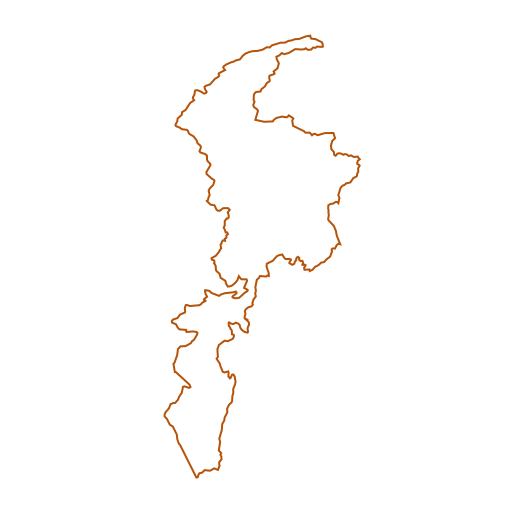 K.P., Natural Earth projection, rotated 349°
{"feature_id": "PAK-1123", "entity_name": "K.P.", "entity_type": "Province", "adm_level": 1, "iso_a3": "PAK", "parent_name": "Pakistan", "parent_adm1": "", "projection": "natural_earth1", "projection_center": [72.151, 34.071], "detail": "fine", "context": "isolated", "style": "outline", "palette": "amber", "viewbox_px": 512, "rotation_deg": 349, "n_neighbors": 0, "source": "natural_earth", "source_scale": "10m", "svg_char_len": 6078}
<svg xmlns="http://www.w3.org/2000/svg" viewBox="0 0 512 512"><g transform="rotate(349 256 256)"><path d="M347.1,49.9L351.3,50.1L351.2,51.6L351.8,53.2L355.7,54.4L361.3,58.6L361.9,60.5L361.6,63.2L360.9,63.4L356.0,62.1L354.0,63.0L351.9,62.2L349.5,63.9L346.1,63.5L344.5,61.6L343.1,62.2L340.1,62.0L334.0,60.4L327.0,62.9L322.2,63.3L320.0,61.7L317.3,63.5L314.0,64.3L314.0,66.9L315.2,71.3L312.9,75.9L308.5,78.2L309.1,80.0L308.8,80.8L303.6,81.6L303.0,83.2L303.0,86.3L302.5,87.2L299.7,88.2L297.1,91.2L293.2,93.3L291.7,95.4L287.5,95.0L285.9,95.9L284.6,97.5L283.4,102.6L284.0,104.3L282.2,107.0L282.1,108.1L282.8,109.9L285.0,112.1L285.6,114.0L281.3,122.2L289.6,125.8L297.6,127.0L298.4,127.0L299.1,126.0L302.3,124.4L308.1,124.1L312.3,125.7L313.6,125.4L315.0,124.2L318.9,128.0L317.4,130.0L317.2,135.3L327.0,142.7L327.9,144.3L332.4,145.2L334.0,148.2L335.9,147.1L337.3,147.4L339.6,149.2L347.0,148.5L355.4,150.0L356.1,155.5L352.8,157.6L350.6,162.0L350.4,165.5L352.3,168.8L352.1,171.7L353.3,172.8L355.5,171.0L357.7,171.1L359.4,171.9L360.9,173.3L362.3,172.9L364.5,173.6L366.2,175.6L368.5,175.3L370.8,177.4L375.0,177.9L375.2,179.2L376.3,180.9L374.2,181.9L373.0,184.1L373.1,185.2L374.5,186.2L375.0,187.1L373.0,189.4L372.4,193.0L371.1,194.3L370.5,196.3L369.8,197.1L366.4,198.1L362.6,201.8L358.4,201.9L356.3,203.2L354.4,203.4L351.9,205.4L348.4,212.0L349.0,214.8L346.9,219.9L345.8,218.4L344.5,218.1L341.6,219.3L339.3,219.1L336.7,220.0L335.9,223.0L335.9,225.5L335.4,226.8L335.3,229.7L333.8,233.7L334.2,235.1L338.2,241.4L339.2,246.6L339.2,251.6L340.9,260.5L339.3,259.7L337.3,260.7L334.9,263.8L332.8,263.2L331.8,263.6L331.3,264.7L331.6,265.8L328.7,270.7L324.5,272.8L321.6,275.0L318.8,274.9L315.4,277.0L312.1,277.8L308.7,280.4L305.9,281.0L305.9,279.4L301.0,278.8L300.9,276.7L302.5,275.3L302.9,274.4L301.8,273.6L300.5,273.8L299.8,273.4L300.8,272.0L300.8,270.0L300.3,269.4L299.0,269.6L297.9,268.4L297.6,267.8L298.1,266.1L297.0,264.8L296.0,265.2L294.8,266.6L294.6,267.9L293.3,268.6L292.1,270.9L290.0,271.6L287.4,269.4L287.7,268.4L289.6,266.6L289.5,266.0L288.4,265.3L284.4,264.6L283.6,263.6L282.0,259.5L278.6,259.6L276.4,260.2L271.6,263.9L265.2,265.6L264.3,268.3L265.2,275.3L264.8,278.1L263.4,277.4L262.0,278.1L256.1,276.4L254.6,278.1L252.2,279.6L249.4,286.6L249.2,290.4L248.1,292.4L248.1,295.6L245.1,298.4L243.4,301.7L243.7,303.1L242.0,304.6L238.8,304.8L235.5,306.6L234.5,308.1L234.6,310.8L233.0,314.1L233.3,315.3L234.3,316.1L233.8,316.1L236.1,319.1L236.3,320.6L236.0,322.1L234.3,324.6L233.8,326.0L233.8,328.7L233.1,329.6L230.2,328.3L228.0,325.8L227.0,323.7L226.7,320.4L225.4,318.8L223.5,317.6L220.6,318.5L218.4,317.5L216.9,316.0L216.4,316.4L216.0,319.5L216.8,320.8L217.0,322.3L218.0,324.4L217.5,328.3L219.0,329.0L219.2,330.0L218.8,331.1L217.3,332.9L212.0,334.3L209.1,333.1L202.6,336.3L200.3,340.2L199.3,347.9L197.7,349.3L199.9,354.6L200.2,358.1L201.3,363.4L202.9,364.3L206.7,364.0L206.8,365.7L205.9,368.8L207.0,371.1L207.6,371.0L209.9,367.9L211.2,368.0L212.1,370.4L211.9,375.5L211.0,377.9L208.2,382.3L207.7,385.7L206.0,389.3L204.9,393.8L204.1,395.0L201.2,396.8L198.6,400.2L197.9,404.2L194.5,408.4L193.4,411.5L190.8,414.5L189.2,420.3L185.1,428.3L185.3,431.7L182.4,439.8L184.2,442.8L183.1,444.3L183.7,446.4L183.3,449.1L180.6,451.3L180.1,453.5L180.3,454.8L177.8,458.7L174.5,456.5L169.9,458.0L164.7,456.4L161.7,458.4L158.9,458.5L157.7,459.9L156.8,461.9L155.2,462.1L145.5,427.3L144.4,425.2L143.8,421.0L144.2,416.2L141.8,407.5L139.5,405.5L138.9,404.1L137.5,399.0L135.7,396.0L135.9,394.4L137.4,392.1L141.4,389.0L143.9,385.1L146.5,384.6L148.6,384.8L152.1,382.1L153.6,379.6L157.1,376.0L159.4,370.4L161.2,370.4L165.1,372.7L166.7,372.1L166.2,369.6L155.2,354.7L154.2,354.4L154.4,346.1L155.7,345.1L159.7,338.3L161.6,332.5L164.6,330.3L169.6,331.0L175.3,329.2L177.2,327.2L179.0,326.6L182.9,322.2L183.9,320.3L183.1,319.2L179.6,318.0L173.3,317.3L173.1,316.7L173.3,315.2L166.8,313.4L165.4,311.2L164.5,307.8L160.8,305.3L161.0,303.7L162.3,302.6L167.2,301.9L170.2,299.0L175.5,297.9L175.9,297.2L176.1,293.7L177.6,290.9L178.7,290.8L181.6,292.5L191.1,293.5L192.8,292.8L194.5,291.5L197.5,290.7L197.9,290.3L196.6,289.3L196.7,288.5L200.2,286.6L199.2,283.3L199.3,280.3L199.6,279.8L203.5,281.3L205.3,283.8L212.1,288.1L214.3,287.1L218.1,286.6L227.3,287.3L229.3,287.0L229.9,287.9L229.7,289.0L225.6,291.0L225.0,291.8L225.9,292.8L227.8,293.6L231.5,293.8L238.0,289.9L240.7,288.9L241.4,288.1L241.2,287.5L238.2,285.0L242.2,279.1L242.6,278.1L242.2,277.1L237.6,276.2L236.6,275.2L235.3,272.5L233.1,276.3L230.4,278.5L227.1,280.3L224.3,280.8L222.5,280.6L221.3,277.4L221.2,274.5L217.1,270.7L216.8,266.4L214.5,263.5L214.0,262.0L214.5,258.1L214.1,256.3L213.4,255.2L214.1,254.1L214.1,252.8L214.0,252.3L211.9,251.1L211.9,249.7L216.8,248.0L220.9,244.5L221.4,243.5L223.3,241.8L223.3,238.2L224.7,236.9L224.9,235.9L226.6,234.3L228.5,235.2L228.7,233.1L230.5,232.4L230.7,230.4L232.7,229.1L232.0,227.2L230.7,227.1L230.5,224.7L229.7,221.9L231.1,220.2L232.0,215.7L234.5,213.5L235.3,213.9L236.6,212.9L237.0,209.8L236.5,207.9L239.0,205.7L237.7,203.7L233.0,202.8L228.9,204.7L227.2,204.2L226.1,203.0L224.9,198.3L221.2,196.9L218.2,192.6L219.6,191.8L220.6,189.3L222.1,187.5L222.0,182.8L223.5,180.9L227.6,178.0L229.6,174.3L229.3,173.3L227.5,171.8L223.2,166.2L223.3,164.2L228.6,158.2L228.7,156.8L226.7,153.8L226.3,152.1L227.0,148.0L225.5,146.2L221.1,143.7L220.5,142.4L222.3,139.6L222.7,138.2L222.4,137.0L220.1,134.1L219.8,131.2L217.5,126.6L214.0,123.6L213.4,122.5L213.1,120.1L212.2,119.0L207.3,117.3L205.8,115.6L202.2,113.2L201.9,111.9L204.4,108.8L205.3,106.1L210.0,103.3L211.0,100.6L214.7,99.3L220.4,93.3L225.0,91.3L224.1,89.2L224.4,88.1L226.3,85.9L227.5,82.5L228.1,81.8L230.4,82.2L233.8,84.5L235.5,86.4L236.4,86.7L238.2,86.3L238.9,85.5L237.8,82.5L237.7,80.2L238.9,79.4L243.6,78.8L249.6,74.2L253.3,72.9L254.2,72.0L254.0,70.1L254.5,69.5L261.1,67.6L259.8,65.0L260.0,64.1L260.9,63.4L263.5,62.3L268.7,61.1L271.3,60.9L273.7,60.1L277.6,60.0L281.3,56.9L284.1,55.4L287.9,54.5L291.8,54.3L296.7,55.0L301.9,54.7L306.4,53.1L309.1,53.9L312.1,52.2L320.9,51.3L325.3,52.1L329.1,51.0L331.9,51.2L335.7,50.6L339.5,51.2L347.1,49.9Z" fill="none" stroke="#b45309" stroke-width="2"/></g></svg>